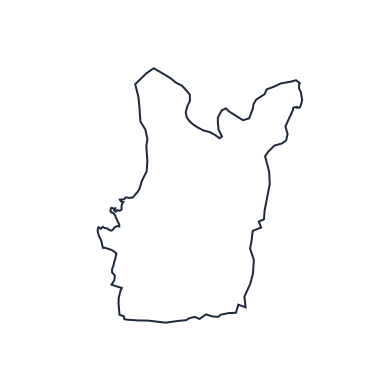 Kissonerga, Paphos, Cyprus (Mercator projection), rotated 23°
{"feature_id": "46923920B44271022375599", "entity_name": "Kissonerga", "entity_type": "district", "adm_level": 2, "iso_a3": "CYP", "parent_name": "Cyprus", "parent_adm1": "Paphos", "projection": "mercator", "projection_center": [32.398, 34.835], "detail": "fine", "context": "isolated", "style": "outline", "palette": "slate", "viewbox_px": 384, "rotation_deg": 23, "n_neighbors": 0, "source": "geoboundaries", "source_scale": "gbopen_adm2", "svg_char_len": 2543}
<svg xmlns="http://www.w3.org/2000/svg" viewBox="0 0 384 384"><g transform="rotate(23 192 192)"><path d="M97.6,115.0L101.2,119.7L105.8,125.9L110.2,133.9L113.0,139.5L117.0,147.3L124.6,152.7L130.3,160.7L131.9,167.3L135.1,173.7L138.7,180.6L142.2,190.7L141.5,201.6L142.4,209.4L141.9,213.3L140.7,216.5L139.9,219.9L136.9,221.9L133.3,222.7L132.2,225.3L128.6,227.2L130.2,228.4L132.7,228.1L132.4,229.7L132.5,232.3L133.7,234.8L134.0,236.1L132.7,237.5L130.5,237.9L129.5,240.0L127.3,239.1L128.1,237.6L127.8,236.9L126.5,237.9L126.2,237.9L125.0,237.8L123.9,238.1L124.0,239.6L124.1,241.0L124.5,241.5L125.3,242.0L125.8,242.4L127.0,242.0L127.6,242.2L128.7,242.6L129.5,243.1L130.9,244.0L132.0,245.4L133.0,246.2L133.8,247.0L134.8,247.8L135.9,248.9L137.7,250.2L138.1,251.4L138.5,252.1L136.3,252.8L134.8,254.5L134.2,256.0L134.0,257.3L133.5,258.3L132.6,259.2L130.9,259.2L129.9,259.2L128.6,258.8L127.1,258.8L125.7,259.3L124.2,259.1L123.6,258.8L122.8,260.1L122.4,261.5L121.0,261.2L119.7,261.0L119.5,261.9L120.1,263.9L120.9,265.6L122.7,267.8L123.7,269.0L125.8,270.7L128.5,273.5L130.4,276.4L131.9,278.2L133.5,277.4L136.4,277.1L139.7,276.8L142.4,277.0L146.4,278.1L146.7,279.7L147.4,283.2L147.6,286.0L148.5,290.9L148.5,293.9L149.7,297.1L153.6,299.1L155.0,303.4L154.1,308.6L154.1,308.8L165.0,307.8L164.7,310.3L165.9,318.1L167.9,323.2L173.2,333.3L177.9,333.1L179.4,335.5L182.4,334.8L191.2,331.8L202.5,327.3L218.7,322.6L229.1,316.4L236.6,312.3L239.1,308.9L243.4,305.9L248.5,305.9L252.7,299.2L259.3,298.6L264.9,296.7L265.0,296.5L266.6,293.5L273.0,289.2L279.6,286.0L278.7,277.6L286.4,277.2L281.1,267.8L281.2,265.3L281.5,253.7L280.0,243.4L275.5,230.3L267.5,221.3L265.9,213.7L263.1,204.1L269.5,197.6L265.0,193.1L268.9,189.1L266.0,180.5L263.7,169.4L260.5,154.4L255.2,143.4L252.2,139.4L245.3,130.6L246.5,124.8L249.7,117.1L255.8,112.2L258.5,107.8L257.4,101.4L252.4,95.1L252.6,84.8L252.7,84.1L252.9,77.1L252.3,74.9L253.9,73.4L255.3,73.5L255.6,72.6L256.8,73.1L258.3,72.0L258.2,69.4L257.8,65.7L257.2,63.7L255.4,61.2L253.5,57.9L250.0,54.7L248.6,51.5L248.7,49.6L244.1,48.5L239.3,52.2L231.4,57.3L226.1,63.2L220.6,68.4L220.6,73.6L215.0,81.9L214.3,87.1L215.5,92.0L215.8,101.8L210.9,106.0L206.9,105.4L201.0,104.4L194.2,103.3L190.6,101.8L187.5,105.1L186.7,113.3L188.8,118.3L192.1,124.2L197.9,129.2L196.4,131.8L190.5,130.4L185.1,129.9L178.6,130.9L172.4,130.4L166.8,129.4L162.9,128.2L158.1,125.5L155.0,120.9L154.2,115.0L154.5,108.9L152.0,103.3L147.5,100.9L141.4,98.1L134.4,97.6L128.3,95.8L120.1,94.5L108.4,93.1L103.7,100.4L97.6,115.0Z" fill="none" stroke="#1e293b" stroke-width="2"/></g></svg>